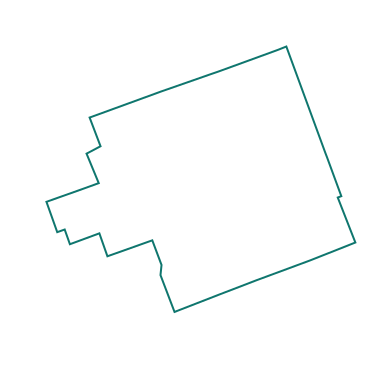 Garland, Arkansas, United States of America (Mercator projection), rotated 159°
{"feature_id": "52423323B93993712170814", "entity_name": "Garland", "entity_type": "district", "adm_level": 2, "iso_a3": "USA", "parent_name": "United States of America", "parent_adm1": "Arkansas", "projection": "mercator", "projection_center": [-93.096, 34.581], "detail": "fine", "context": "isolated", "style": "outline", "palette": "teal", "viewbox_px": 384, "rotation_deg": 159, "n_neighbors": 0, "source": "geoboundaries", "source_scale": "gbopen_adm2", "svg_char_len": 524}
<svg xmlns="http://www.w3.org/2000/svg" viewBox="0 0 384 384"><g transform="rotate(159 192 192)"><path d="M57.7,102.3L57.9,134.6L54.1,134.6L53.5,176.0L53.5,180.6L51.8,294.0L60.7,293.9L124.6,295.0L132.7,295.3L184.8,296.9L260.9,298.2L261.0,267.5L276.7,265.6L275.9,233.7L292.0,234.0L331.4,235.0L332.2,202.8L324.3,202.6L324.5,194.4L324.7,187.0L293.3,186.6L294.0,162.3L246.4,161.1L246.6,134.8L251.2,125.7L251.3,86.3L203.0,86.5L163.4,86.5L106.2,85.8L57.6,86.3L57.7,102.3Z" fill="none" stroke="#0f766e" stroke-width="2"/></g></svg>